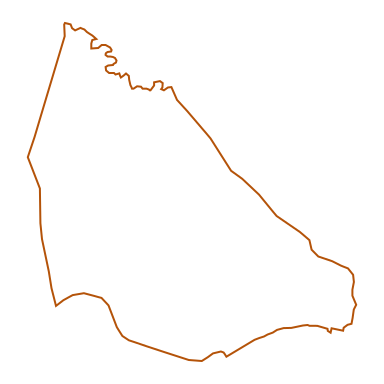 the district of Kaiama, Kwara, Nigeria
{"feature_id": "59680162B83662033692716", "entity_name": "Kaiama", "entity_type": "district", "adm_level": 2, "iso_a3": "NGA", "parent_name": "Nigeria", "parent_adm1": "Kwara", "projection": "orthographic", "projection_center": [4.157, 9.519], "detail": "fine", "context": "isolated", "style": "outline", "palette": "amber", "viewbox_px": 384, "rotation_deg": 0, "n_neighbors": 0, "source": "geoboundaries", "source_scale": "gbopen_adm2", "svg_char_len": 1904}
<svg xmlns="http://www.w3.org/2000/svg" viewBox="0 0 384 384"><path d="M56.0,305.9L63.4,300.2L67.4,298.0L67.9,297.7L72.7,295.1L83.9,293.2L94.5,296.0L98.4,297.1L101.5,297.9L108.5,305.4L110.8,311.4L116.8,327.1L118.9,330.5L122.4,336.0L128.9,340.3L134.4,342.1L147.0,346.4L160.1,350.7L165.6,352.5L188.8,360.0L201.8,361.0L207.8,357.2L213.0,353.4L220.9,351.5L223.6,352.5L224.7,354.0L226.4,356.7L254.6,339.8L259.3,338.0L264.0,336.5L267.6,334.5L272.8,332.6L277.0,329.9L283.6,328.1L291.4,327.9L302.9,325.5L307.6,325.0L308.8,325.5L309.5,325.8L315.5,325.8L317.5,325.9L327.5,328.8L327.8,330.9L330.6,332.7L331.6,328.3L343.1,330.7L343.7,327.7L347.6,324.8L351.5,323.8L352.6,318.0L353.8,309.5L356.2,304.8L352.4,295.7L352.4,289.7L353.9,282.0L353.1,274.8L348.0,268.4L343.6,266.7L340.9,265.6L332.2,261.2L318.3,256.5L311.6,249.7L309.4,240.1L299.9,232.0L276.6,216.0L273.0,211.7L259.4,195.1L259.2,194.8L242.2,178.8L231.1,170.8L210.5,138.4L206.4,133.5L205.9,132.9L203.3,129.9L188.6,112.7L187.6,111.5L177.0,99.9L171.4,87.1L168.5,87.4L167.9,87.5L163.9,90.3L161.2,89.1L162.4,87.5L162.7,83.1L160.0,81.1L154.1,82.3L154.1,85.5L150.5,90.3L149.7,90.3L148.9,89.5L146.6,88.7L142.6,88.7L141.0,86.7L137.1,86.3L133.5,88.7L132.0,88.7L131.6,87.5L130.4,85.1L129.2,79.9L128.8,75.9L126.0,73.5L123.7,75.5L120.9,77.5L120.1,75.9L119.3,73.4L115.5,74.5L114.0,73.0L111.5,73.0L109.1,73.0L106.1,70.5L105.6,67.0L108.1,65.5L113.0,65.0L113.5,64.0L116.0,62.5L116.5,60.5L115.0,58.0L113.0,57.0L110.1,56.5L107.6,56.5L105.6,55.0L105.6,54.0L106.1,53.0L107.6,52.0L111.1,51.5L111.6,50.0L110.1,47.5L105.6,45.0L101.7,45.0L101.2,45.4L98.2,48.0L91.3,48.5L91.3,43.5L92.3,40.0L96.3,39.0L94.3,37.2L92.3,35.5L89.9,34.0L86.9,32.0L84.4,29.5L81.8,28.5L80.5,27.9L75.1,30.4L72.1,28.2L70.6,24.4L64.9,23.0L64.2,24.6L64.7,36.2L40.7,116.4L34.6,136.9L27.8,157.2L39.9,188.5L40.4,223.2L42.0,239.1L48.8,271.4L51.5,288.2L56.0,305.9Z" fill="none" stroke="#b45309" stroke-width="2"/></svg>